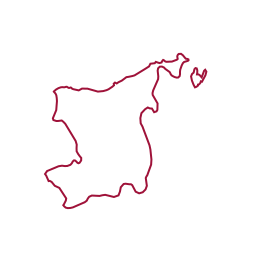 the border of Banten, rotated 156°
{"feature_id": "IDN-1226", "entity_name": "Banten", "entity_type": "Province", "adm_level": 1, "iso_a3": "IDN", "parent_name": "Indonesia", "parent_adm1": "", "projection": "mercator", "projection_center": [105.895, -6.442], "detail": "fine", "context": "isolated", "style": "outline", "palette": "rose", "viewbox_px": 256, "rotation_deg": 156, "n_neighbors": 0, "source": "natural_earth", "source_scale": "10m", "svg_char_len": 2632}
<svg xmlns="http://www.w3.org/2000/svg" viewBox="0 0 256 256"><g transform="rotate(156 128 128)"><path d="M181.0,191.4L180.7,191.6L178.1,192.4L175.3,192.7L172.8,192.5L171.3,192.0L170.3,191.4L169.3,191.0L167.7,190.8L167.1,190.5L166.0,188.9L165.4,188.5L163.8,188.3L163.4,187.7L163.2,186.9L162.6,186.1L161.9,185.5L157.7,182.4L154.0,182.7L149.0,180.4L140.7,173.5L135.6,171.8L132.2,171.3L130.0,171.3L127.7,171.7L125.4,172.1L123.4,172.7L123.0,174.3L121.4,174.8L120.2,173.3L118.0,173.7L114.4,173.8L110.9,174.6L108.8,175.1L106.6,174.5L102.9,173.7L100.6,173.4L88.4,175.0L83.7,175.7L81.4,177.6L77.2,176.3L75.7,177.1L74.0,175.5L72.8,174.5L70.7,174.2L70.3,174.6L69.3,175.4L68.2,175.9L67.7,175.4L67.4,174.6L66.9,173.7L66.2,173.0L65.6,172.7L60.8,170.8L55.6,170.5L54.5,170.9L54.0,173.1L53.4,174.0L52.5,174.7L51.5,175.0L49.4,174.2L48.3,172.2L47.1,167.9L45.5,166.8L44.9,166.1L45.2,165.2L46.0,165.0L49.9,165.5L51.5,164.9L53.5,163.3L56.6,160.0L57.7,158.1L58.6,156.0L59.7,154.4L61.7,153.7L63.1,154.3L64.7,155.6L66.0,157.2L66.8,158.4L67.1,159.9L67.1,161.1L67.2,162.2L69.9,166.8L70.5,168.6L72.0,170.3L74.0,171.1L76.2,170.3L77.6,168.3L79.3,162.9L80.6,160.4L89.7,152.1L91.4,149.9L92.0,148.1L91.0,138.4L93.8,132.6L95.2,131.6L97.7,131.8L98.2,136.0L100.2,137.1L101.6,138.7L104.7,138.2L109.7,136.1L112.7,132.0L114.5,127.1L114.2,123.3L115.4,103.4L116.3,99.2L119.4,89.7L121.8,85.1L129.7,76.9L130.9,76.2L132.1,75.1L134.3,67.5L137.0,64.7L140.7,63.3L144.4,63.8L146.9,66.7L147.4,74.1L148.2,75.4L149.4,75.9L152.9,78.1L154.8,78.6L158.7,76.8L161.2,73.2L164.1,70.3L168.9,70.7L176.0,76.2L178.8,77.0L181.6,77.5L188.5,81.0L191.4,81.0L193.4,79.9L195.2,78.4L197.6,77.8L210.7,77.9L213.2,78.4L215.6,79.3L217.3,80.6L218.2,82.5L218.5,83.8L218.0,84.0L214.3,87.0L213.1,88.8L215.1,101.2L218.4,105.0L219.7,109.8L221.0,111.5L222.1,111.8L222.1,117.8L222.5,119.7L219.4,121.6L207.0,121.3L203.6,120.4L201.2,118.9L198.9,118.0L195.6,117.8L193.7,118.6L192.2,119.8L190.8,120.4L189.7,120.0L188.9,118.5L188.4,116.9L187.7,116.0L186.5,115.9L185.6,116.4L184.0,117.4L182.9,119.7L183.5,121.7L184.1,124.5L184.4,127.6L183.2,130.5L181.6,133.7L181.1,137.5L183.6,157.4L184.6,160.1L185.5,161.8L189.2,162.9L190.7,163.6L192.9,165.6L192.7,167.4L186.3,173.5L182.0,181.4L180.9,184.4L180.2,187.0L180.2,188.6L180.5,189.9L181.0,191.4ZM50.3,137.9L50.5,140.8L50.3,145.3L49.4,149.5L47.5,151.3L45.5,151.9L43.4,154.7L42.0,155.3L41.0,154.5L41.2,152.6L42.2,150.4L43.2,148.9L41.8,148.3L41.0,147.1L40.1,144.3L35.2,149.3L33.8,149.8L33.5,147.6L35.8,144.7L41.6,140.2L42.5,141.0L43.4,139.9L44.7,139.2L45.9,138.9L46.4,139.1L46.8,138.3L47.8,138.0L49.0,137.8L50.3,137.9Z" fill="none" stroke="#9f1239" stroke-width="2"/></g></svg>